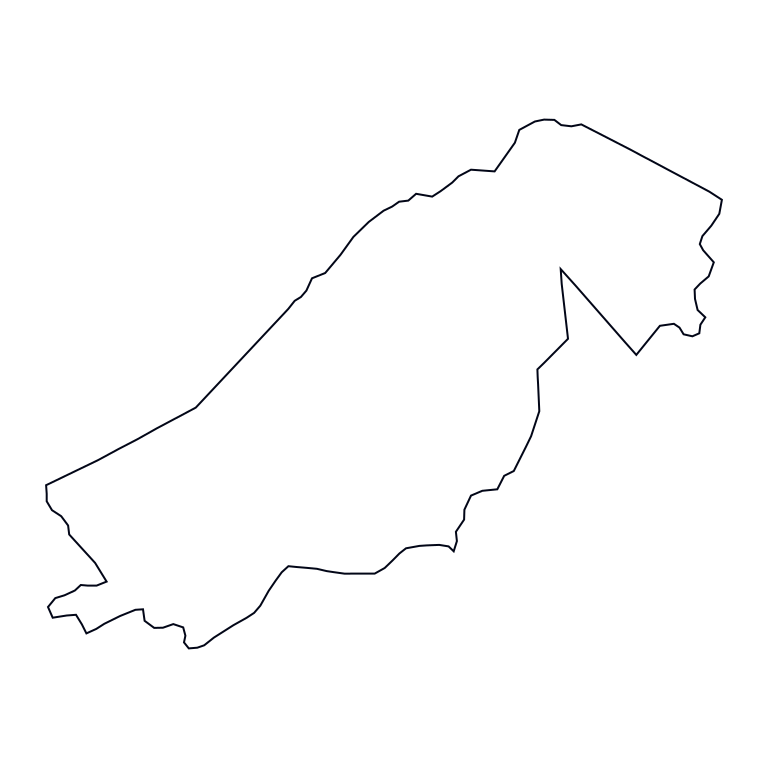 Manari, Pernambuco, Brazil (Albers equal-area conic projection)
{"feature_id": "56859067B28008134974501", "entity_name": "Manari", "entity_type": "district", "adm_level": 2, "iso_a3": "BRA", "parent_name": "Brazil", "parent_adm1": "Pernambuco", "projection": "albers", "projection_center": [-37.559, -8.892], "detail": "fine", "context": "isolated", "style": "outline", "palette": "ink", "viewbox_px": 768, "rotation_deg": 0, "n_neighbors": 0, "source": "geoboundaries", "source_scale": "gbopen_adm2", "svg_char_len": 1821}
<svg xmlns="http://www.w3.org/2000/svg" viewBox="0 0 768 768"><path d="M368.8,221.9L353.4,236.9L340.5,254.8L325.2,273.0L312.0,278.3L306.4,290.6L300.9,297.0L294.7,300.8L288.3,308.9L195.8,407.6L156.7,428.4L137.5,439.2L118.4,449.1L98.1,460.1L46.1,485.2L46.7,493.8L46.7,501.3L52.0,510.2L61.2,516.2L68.1,525.5L69.2,534.5L95.1,562.9L106.6,581.6L96.6,585.6L87.8,585.6L80.8,585.0L74.9,590.5L64.5,595.3L55.3,598.1L48.0,607.0L52.7,617.7L66.7,615.5L76.0,614.8L81.9,624.4L86.4,633.4L96.3,628.9L104.3,623.8L120.1,616.0L135.4,609.8L143.0,609.3L144.6,620.8L154.2,627.9L163.0,627.7L173.3,624.1L183.2,627.4L185.4,635.7L184.0,642.4L188.8,648.4L197.3,647.7L204.2,645.3L213.9,637.6L224.6,630.8L233.4,625.2L246.6,617.8L254.1,612.9L260.3,605.7L268.7,590.8L275.8,580.4L281.7,572.3L288.4,566.2L296.5,567.0L306.1,567.8L316.9,568.8L326.7,571.1L333.4,572.1L344.8,573.7L353.0,573.6L366.9,573.6L374.7,573.6L384.7,568.0L392.4,560.6L399.4,553.5L406.0,548.3L419.4,545.9L426.7,545.4L439.2,544.9L448.6,546.4L453.7,551.3L456.9,541.1L455.9,531.8L464.1,519.6L464.4,509.7L471.0,495.6L482.3,490.8L497.3,489.3L504.2,475.8L513.8,471.0L526.0,446.7L531.1,436.2L539.3,411.2L538.1,384.3L537.7,377.3L537.4,369.4L544.0,363.0L568.0,338.8L561.7,283.9L560.7,269.1L575.1,285.1L625.3,342.5L636.3,354.9L659.9,325.8L673.9,323.8L679.5,327.6L683.6,334.3L692.4,336.3L699.3,333.3L700.4,324.7L705.3,317.3L697.6,310.0L695.0,298.9L694.6,289.5L700.2,283.6L708.7,276.4L713.8,262.3L703.2,250.3L699.8,244.1L702.4,236.1L711.3,225.7L719.3,213.8L721.9,199.8L709.4,191.7L641.1,155.4L630.9,149.9L581.3,124.4L571.4,126.3L561.2,125.1L554.4,119.9L544.1,119.6L534.9,121.5L519.3,129.9L514.9,142.7L494.6,171.4L471.0,169.7L458.5,176.3L452.2,182.6L440.4,191.3L432.2,196.6L416.1,193.8L408.3,200.6L399.1,201.7L392.1,206.6L383.6,210.7L368.8,221.9Z" fill="none" stroke="#020617" stroke-width="2"/></svg>